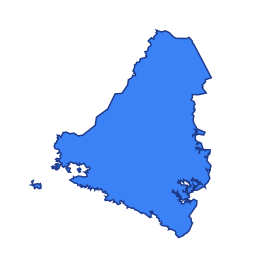 outline of Soná, Veraguas, Panama, rotated 8°
{"feature_id": "35544464B54310039107980", "entity_name": "Soná", "entity_type": "district", "adm_level": 2, "iso_a3": "PAN", "parent_name": "Panama", "parent_adm1": "Veraguas", "projection": "mercator", "projection_center": [-81.367, 7.878], "detail": "fine", "context": "isolated", "style": "filled", "palette": "blue", "viewbox_px": 256, "rotation_deg": 8, "n_neighbors": 0, "source": "geoboundaries", "source_scale": "gbopen_adm2", "svg_char_len": 5968}
<svg xmlns="http://www.w3.org/2000/svg" viewBox="0 0 256 256"><g transform="rotate(8 128 128)"><path d="M75.3,140.6L71.2,141.8L67.7,140.7L64.5,141.5L62.7,146.6L61.3,145.0L59.0,144.9L60.2,147.5L59.4,147.8L60.6,148.9L59.2,150.8L59.5,152.7L57.9,153.1L57.5,156.6L58.7,158.5L63.0,159.1L63.2,161.4L61.1,163.4L64.5,161.7L65.7,163.1L64.4,165.0L65.7,167.2L64.0,168.2L61.8,167.9L60.7,169.1L62.3,169.9L61.8,170.9L63.1,170.9L64.1,169.5L64.7,171.2L67.6,172.2L66.8,173.0L68.7,175.4L69.8,175.9L70.9,174.5L73.3,175.9L72.4,176.8L75.2,180.0L77.0,179.8L75.5,178.6L76.5,176.0L73.8,175.5L73.4,173.9L75.1,172.1L73.4,171.7L76.3,169.6L79.2,170.7L81.3,169.9L82.5,170.5L82.3,171.4L85.1,171.9L84.9,169.7L86.7,170.8L89.3,169.1L92.4,172.9L94.7,171.9L95.8,173.1L95.7,174.5L94.0,174.6L93.6,176.4L92.0,176.2L94.1,177.5L91.0,177.8L93.3,179.0L94.2,181.7L91.8,182.6L85.6,182.4L81.8,184.6L80.9,183.9L81.0,185.2L77.7,187.6L82.6,189.9L85.4,189.9L86.4,191.8L89.6,190.7L90.5,191.4L89.1,192.6L90.3,193.2L93.2,191.6L93.6,193.0L94.7,192.6L95.5,190.3L96.3,191.4L98.1,191.1L97.1,193.4L99.0,193.1L99.6,194.4L100.6,191.9L103.4,193.0L103.8,194.1L104.2,192.9L105.8,193.2L105.0,192.5L105.7,191.6L108.9,193.0L110.3,192.0L112.1,195.2L114.4,193.9L114.4,195.7L116.8,196.0L117.8,197.4L116.7,199.1L115.4,198.9L116.1,199.5L115.1,202.1L115.6,202.9L118.8,202.2L120.3,203.1L122.9,201.0L124.2,201.6L123.9,203.6L125.9,202.8L128.5,205.2L131.1,203.8L130.0,201.8L131.2,200.7L132.3,201.7L133.9,201.4L133.4,202.7L138.1,205.5L138.4,207.2L139.3,206.1L143.0,207.0L144.6,206.3L146.1,208.0L148.6,208.2L153.3,210.7L154.0,209.9L156.8,210.5L162.0,213.6L163.4,212.9L162.4,212.2L163.9,208.4L161.8,208.3L161.4,207.7L164.1,207.2L164.7,208.7L163.9,209.3L168.7,210.7L169.0,212.6L171.1,213.1L172.1,216.0L174.2,216.3L174.6,217.5L173.4,218.5L174.9,219.8L181.4,220.0L181.4,221.0L182.7,221.7L182.3,223.0L184.2,222.3L188.1,223.0L189.9,224.5L189.9,226.5L193.4,229.4L198.2,226.5L198.1,225.5L201.0,223.7L203.0,220.8L205.1,212.8L204.0,212.4L202.9,208.6L200.6,207.0L206.6,195.1L206.4,190.6L202.9,189.4L200.1,192.5L200.2,191.3L198.4,191.5L198.3,192.1L199.1,192.6L199.3,193.3L198.3,192.3L196.3,193.8L198.3,190.8L196.8,190.5L194.9,191.6L195.5,193.1L194.6,193.1L193.9,195.3L191.7,195.5L190.8,194.3L191.5,193.4L189.0,193.1L189.6,192.1L188.3,192.0L189.3,191.4L188.9,189.4L185.7,188.9L186.2,187.7L183.3,186.1L183.0,185.1L181.1,185.7L180.7,184.5L181.1,183.3L187.8,188.3L187.4,186.5L185.8,185.5L185.5,184.2L185.8,183.6L186.4,185.5L188.3,187.0L188.1,187.7L190.1,188.5L190.6,190.9L192.7,191.8L194.2,190.7L193.5,190.2L194.6,190.5L198.4,188.1L198.3,186.7L195.8,185.6L194.4,183.3L191.6,183.6L191.1,183.0L191.1,182.4L191.4,182.2L191.7,183.4L194.5,182.9L194.4,180.4L192.7,180.2L194.4,180.1L194.3,176.6L189.0,176.8L187.2,175.5L184.9,175.4L185.2,174.2L184.4,173.9L185.8,174.3L185.5,173.1L187.5,174.5L187.6,172.1L190.8,174.6L190.4,171.2L193.5,172.8L193.8,172.0L195.4,173.9L196.1,173.1L197.0,175.5L199.4,176.3L197.6,176.4L197.5,178.1L195.4,176.9L195.5,183.4L197.6,185.1L198.4,183.3L200.0,182.7L199.8,181.8L199.3,181.3L199.3,180.8L200.2,182.6L201.2,182.0L200.6,180.1L201.8,177.8L201.1,177.7L202.5,176.9L201.7,176.4L200.4,174.8L200.3,174.5L202.8,176.7L206.3,173.5L201.9,171.0L198.1,171.3L197.7,170.9L197.6,170.2L198.1,171.1L199.3,170.7L198.7,169.8L199.6,170.6L200.7,170.6L200.0,170.3L199.6,169.2L198.9,169.2L198.9,168.5L199.8,169.2L200.1,170.2L202.3,169.8L202.1,170.5L204.6,171.6L204.5,170.6L205.6,171.9L205.4,170.9L206.2,172.1L207.7,171.2L206.9,172.1L206.9,172.6L210.2,173.8L207.0,173.0L202.5,178.4L202.0,180.5L205.4,179.8L211.4,175.3L212.8,176.2L211.8,174.0L214.5,170.8L216.0,166.4L214.1,162.5L215.2,158.4L214.7,158.2L212.8,158.8L212.1,158.7L212.1,159.3L211.2,157.8L212.9,158.6L215.0,157.7L215.4,153.7L210.7,149.4L211.0,145.0L208.8,146.7L208.2,146.2L207.9,144.6L208.9,146.5L210.9,144.6L211.5,143.1L210.4,142.3L211.7,142.5L210.7,141.4L211.8,142.3L212.7,141.4L212.4,138.2L208.2,138.7L207.5,140.5L207.4,138.7L202.5,139.6L201.8,142.3L202.8,143.1L201.9,142.8L201.6,142.1L202.3,139.4L200.6,139.2L200.8,137.9L198.4,138.6L198.3,138.8L198.6,139.1L198.5,139.4L198.2,138.6L199.4,137.8L197.2,137.7L200.7,137.6L201.0,137.9L201.0,139.1L205.1,138.0L202.6,132.9L200.1,132.1L200.7,132.4L200.7,132.9L199.9,132.9L199.9,133.8L198.3,134.0L198.5,134.6L198.1,134.6L198.2,133.8L199.7,133.7L199.8,132.8L200.6,132.6L196.4,130.7L195.7,126.2L193.7,125.1L193.3,125.6L193.5,126.4L193.3,126.8L193.1,125.7L193.7,125.0L196.2,125.6L198.6,124.3L197.0,124.4L195.6,123.6L195.4,123.1L195.6,122.8L196.4,122.9L195.9,122.3L195.9,121.9L197.0,121.4L196.3,121.4L194.1,120.2L194.0,119.9L197.1,121.2L197.0,121.7L196.0,122.1L196.6,122.8L196.5,123.2L195.5,123.1L197.2,124.2L203.9,124.4L204.8,121.5L196.8,119.4L192.9,114.7L191.3,111.0L191.5,106.7L189.6,105.6L191.9,101.1L190.5,100.6L191.4,99.5L190.0,97.4L191.1,95.2L189.6,92.7L186.5,91.4L187.5,89.1L187.1,85.9L193.2,85.2L200.6,82.4L195.8,77.8L196.6,76.8L195.5,75.4L198.2,71.7L197.9,69.4L203.5,66.6L181.3,35.7L180.2,35.3L179.6,33.0L175.9,29.8L173.6,31.2L163.2,32.5L160.1,31.4L155.9,28.0L151.8,26.6L147.3,28.3L142.5,27.2L143.3,28.2L142.5,29.6L143.7,30.4L141.0,33.9L141.2,36.3L138.5,35.4L135.9,39.1L138.7,41.0L139.3,43.1L137.0,45.2L136.6,49.1L134.1,50.2L135.9,52.3L135.6,54.2L136.5,54.4L135.9,55.7L130.7,57.7L130.0,61.2L127.4,61.8L127.3,63.4L125.7,64.6L126.2,67.0L125.0,70.9L126.3,71.6L126.3,73.0L127.7,72.8L128.0,75.0L125.3,75.2L125.0,77.8L121.7,80.2L121.7,85.3L117.2,94.6L110.5,96.0L105.4,111.9L95.3,121.7L95.2,129.9L84.2,141.4L79.7,142.8L75.3,140.6ZM50.0,197.6L49.0,195.3L47.9,196.2L46.7,195.6L40.2,197.9L42.9,198.4L43.9,200.9L45.5,199.2L48.5,200.4L50.1,199.8L50.0,197.6ZM66.1,174.1L63.3,173.0L61.3,173.8L61.0,174.4L63.7,175.5L62.7,176.5L62.3,175.6L61.2,176.6L59.2,176.1L58.2,176.8L59.4,177.2L58.4,177.8L58.8,178.7L61.2,178.1L62.5,179.4L63.5,179.1L62.5,178.4L63.4,177.7L65.0,177.9L66.1,174.1ZM85.7,174.4L83.6,175.8L85.9,178.7L87.0,178.0L86.0,176.2L87.0,175.4L85.7,174.4ZM41.0,196.1L41.5,193.3L40.0,194.5L41.0,196.1Z" fill="#3b82f6" stroke="#1e3a8a" stroke-width="1.5"/></g></svg>